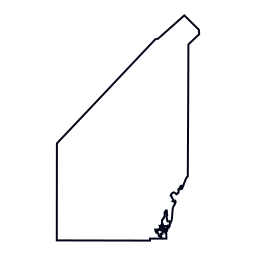 outline of 94, Al Wakrah, Qatar
{"feature_id": "91078587B61395128667616", "entity_name": "94", "entity_type": "district", "adm_level": 2, "iso_a3": "QAT", "parent_name": "Qatar", "parent_adm1": "Al Wakrah", "projection": "albers", "projection_center": [51.484, 24.925], "detail": "fine", "context": "isolated", "style": "outline", "palette": "ink", "viewbox_px": 256, "rotation_deg": 0, "n_neighbors": 0, "source": "geoboundaries", "source_scale": "gbopen_adm2", "svg_char_len": 3439}
<svg xmlns="http://www.w3.org/2000/svg" viewBox="0 0 256 256"><path d="M184.3,15.4L158.1,38.7L155.7,39.2L155.4,39.2L94.1,104.1L56.9,143.4L56.8,240.4L150.0,240.6L150.0,238.6L166.4,238.6L166.2,231.4L166.5,231.3L166.7,231.2L166.7,230.4L166.4,231.1L166.1,231.2L165.9,231.3L165.8,232.1L165.7,232.5L165.8,233.2L165.4,233.0L165.3,232.6L164.8,231.9L164.1,231.8L163.5,231.4L163.0,231.4L162.8,231.5L162.9,232.1L162.2,232.8L162.2,233.0L162.3,233.4L162.4,233.9L161.0,233.9L161.1,235.4L161.2,235.8L161.3,236.9L161.0,236.8L160.2,236.2L159.9,236.2L159.7,236.3L159.4,235.6L159.1,235.2L158.8,235.4L158.7,234.3L158.4,233.7L158.0,233.6L157.5,233.1L156.4,232.6L156.3,232.2L155.7,231.7L155.4,230.6L155.3,229.6L156.0,229.8L156.1,230.2L156.3,230.4L156.6,232.2L156.7,232.3L157.3,232.4L157.2,232.2L157.3,230.6L157.7,230.6L157.7,230.2L158.0,230.2L157.9,229.8L158.2,229.8L158.0,229.5L158.6,229.5L158.7,229.1L158.8,229.0L159.1,228.9L159.1,229.3L159.7,229.3L159.7,229.7L160.1,229.7L160.6,230.1L161.5,230.0L161.5,230.4L162.6,230.3L163.0,230.7L163.4,230.7L163.6,230.4L163.7,230.0L164.0,230.2L164.1,230.6L164.5,230.6L164.4,230.2L164.5,228.9L164.8,228.9L164.8,228.6L165.0,228.7L167.1,228.8L167.0,229.7L166.7,230.0L167.2,230.1L167.3,229.3L168.1,228.0L168.4,227.7L168.5,227.3L168.9,227.3L169.0,226.2L168.7,225.6L168.0,225.6L168.0,226.4L167.6,226.3L167.4,226.1L167.2,226.1L166.9,226.3L166.9,226.9L166.1,226.4L165.4,226.3L165.4,226.0L163.4,226.3L163.4,227.3L163.0,227.3L163.2,228.0L162.1,228.0L162.0,227.1L161.7,226.3L160.8,226.5L160.6,227.6L160.1,227.4L160.0,226.7L159.7,225.8L160.8,225.7L161.5,225.2L161.5,224.9L161.9,224.9L163.0,224.9L162.9,224.3L162.4,223.7L162.0,223.2L162.0,222.4L162.1,219.9L162.5,219.8L162.9,218.9L163.0,218.6L163.4,218.6L163.5,218.0L164.1,217.5L164.4,216.2L164.8,215.8L164.8,214.9L164.6,214.5L164.7,212.8L165.1,213.0L165.3,211.4L165.6,211.3L165.7,211.2L166.0,210.4L166.6,210.4L166.8,211.2L167.0,211.4L166.8,212.7L166.8,213.2L167.0,214.1L167.2,214.7L167.2,215.3L166.8,216.2L166.6,216.4L166.8,218.4L167.0,218.6L167.2,220.8L167.8,221.5L168.7,221.5L169.1,221.1L169.3,221.1L169.6,221.7L170.0,222.4L170.3,222.9L169.9,223.5L169.9,224.0L169.6,224.5L169.3,226.2L169.5,226.2L169.5,225.6L169.7,225.4L169.9,224.5L170.3,223.4L170.5,222.9L170.7,222.4L171.0,221.8L171.2,221.4L171.5,220.7L171.8,219.8L172.7,209.0L173.1,207.2L173.4,206.6L173.8,205.8L174.9,204.0L175.7,201.8L175.6,201.6L175.0,203.3L174.7,202.7L174.3,201.9L173.7,201.5L173.7,200.9L173.5,201.5L173.1,201.4L172.7,201.2L173.1,200.9L173.4,200.7L173.6,200.8L173.8,200.6L173.8,200.4L173.5,200.0L173.1,199.3L172.1,197.9L171.7,197.3L171.4,196.0L170.7,195.7L170.9,195.1L171.3,194.2L171.9,193.4L173.1,192.6L173.8,192.4L174.3,192.5L175.1,193.2L175.7,193.5L175.9,193.8L176.2,194.1L176.4,194.3L176.6,194.3L176.8,194.1L177.1,193.6L177.3,193.5L177.9,193.0L178.1,192.7L178.3,192.8L178.6,192.4L178.6,192.2L178.6,191.1L178.3,189.8L178.8,188.7L179.1,188.5L179.4,188.7L179.8,189.4L181.0,189.0L181.0,188.4L180.8,187.6L180.5,187.6L180.3,187.3L180.2,186.4L180.3,186.2L181.2,185.9L181.4,185.8L181.6,185.7L182.1,185.6L182.5,185.7L183.0,185.7L182.9,185.9L182.7,186.3L182.4,186.8L182.4,187.1L181.9,188.6L181.7,189.2L182.0,188.8L183.3,185.4L183.6,185.1L183.9,183.7L184.2,183.2L184.4,182.5L184.9,181.6L184.9,181.3L185.2,180.6L185.5,179.7L186.0,178.6L186.2,178.4L186.6,177.7L186.9,177.0L187.2,176.8L187.4,176.5L187.8,176.1L188.2,96.5L188.4,44.4L199.2,34.2L198.8,29.7L184.3,15.4Z" fill="none" stroke="#020617" stroke-width="2"/></svg>